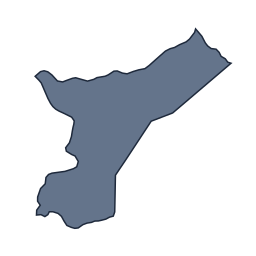 outline of Penaforte, Ceará, Brazil, rotated 95°
{"feature_id": "56859067B64429510120789", "entity_name": "Penaforte", "entity_type": "district", "adm_level": 2, "iso_a3": "BRA", "parent_name": "Brazil", "parent_adm1": "Ceará", "projection": "albers", "projection_center": [-39.052, -7.771], "detail": "fine", "context": "isolated", "style": "filled", "palette": "slate", "viewbox_px": 256, "rotation_deg": 95, "n_neighbors": 0, "source": "geoboundaries", "source_scale": "gbopen_adm2", "svg_char_len": 1383}
<svg xmlns="http://www.w3.org/2000/svg" viewBox="0 0 256 256"><g transform="rotate(95 128 128)"><path d="M23.4,69.3L27.0,70.0L34.1,74.5L37.2,77.7L40.5,83.9L43.7,88.6L45.3,92.9L48.1,97.4L53.2,102.3L64.0,112.5L67.4,116.3L69.1,122.3L71.2,127.6L74.1,133.6L73.8,138.3L72.1,143.7L72.6,147.0L76.7,152.2L78.4,155.2L80.5,163.3L82.5,166.3L84.8,172.4L83.5,179.3L82.5,184.5L83.3,187.6L86.3,194.1L87.8,197.1L87.3,202.4L81.8,208.4L79.0,212.8L78.3,216.6L79.5,220.1L84.6,225.0L88.2,220.8L90.6,218.4L105.6,210.3L110.2,207.3L113.2,204.7L115.5,201.7L117.2,198.1L118.5,194.4L122.1,185.1L125.6,182.2L128.8,182.3L132.0,182.8L135.8,183.2L141.5,183.6L147.9,185.1L153.1,188.4L156.5,187.4L159.3,181.8L160.5,178.3L165.7,174.6L171.1,175.7L173.3,178.8L176.7,187.0L179.6,199.8L181.2,203.1L184.4,205.4L190.8,205.6L195.9,209.8L204.6,212.0L208.8,211.7L212.6,208.7L217.8,211.8L222.7,211.6L221.9,207.1L223.5,203.1L221.3,200.3L218.3,199.1L218.0,195.4L219.2,190.2L221.8,186.6L226.3,183.6L230.4,180.4L231.9,175.9L232.6,172.3L231.9,168.9L228.2,164.5L226.3,160.5L225.2,156.1L223.6,153.0L223.2,149.5L222.2,146.3L220.7,142.1L218.4,138.6L217.1,135.0L212.8,133.9L176.1,136.4L169.9,133.0L160.9,128.0L119.2,105.5L109.1,84.8L101.2,77.0L54.5,31.0L53.7,34.4L50.6,37.1L48.5,41.5L44.7,43.8L41.8,47.1L41.6,52.1L39.3,55.8L36.5,58.4L32.9,60.7L30.2,62.4L27.0,65.6L23.4,69.3Z" fill="#64748b" stroke="#1e293b" stroke-width="1.5"/></g></svg>